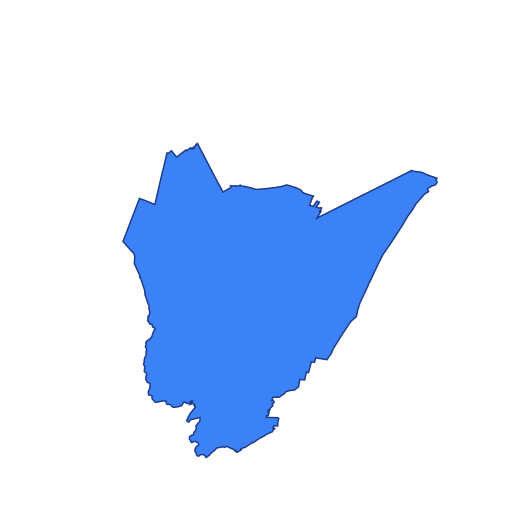 Achtkarspelen, Friesland, Netherlands (Robinson projection), rotated 135°
{"feature_id": "6326949B91154833232060", "entity_name": "Achtkarspelen", "entity_type": "district", "adm_level": 2, "iso_a3": "NLD", "parent_name": "Netherlands", "parent_adm1": "Friesland", "projection": "robinson", "projection_center": [6.159, 53.208], "detail": "fine", "context": "isolated", "style": "filled", "palette": "blue", "viewbox_px": 512, "rotation_deg": 135, "n_neighbors": 0, "source": "geoboundaries", "source_scale": "gbopen_adm2", "svg_char_len": 6005}
<svg xmlns="http://www.w3.org/2000/svg" viewBox="0 0 512 512"><g transform="rotate(135 256 256)"><path d="M217.8,377.0L219.6,377.3L219.8,376.7L221.5,377.0L222.9,377.1L223.3,375.9L224.7,376.1L224.4,377.2L225.9,377.5L225.6,378.7L230.8,379.6L230.6,380.5L234.3,380.9L234.2,381.1L239.2,381.6L242.2,382.2L241.6,388.0L241.3,390.2L245.5,390.6L245.5,391.0L246.1,391.8L260.7,382.7L261.9,382.1L269.2,377.6L291.1,363.9L295.7,374.8L297.7,379.1L339.8,360.3L340.5,347.7L340.5,345.0L340.7,344.0L341.5,342.1L341.8,341.6L346.7,337.3L347.1,337.0L347.6,336.3L352.3,323.6L353.0,323.4L353.3,323.0L353.1,323.0L352.9,322.6L358.1,312.3L358.7,311.1L359.1,309.8L359.8,309.4L360.4,308.9L361.2,307.8L361.7,307.4L363.2,304.5L364.2,302.1L364.7,301.4L365.8,299.3L366.8,296.6L367.1,296.1L367.7,295.4L369.0,294.7L369.1,294.4L369.3,293.6L369.7,292.7L370.2,292.2L370.9,291.8L371.0,291.1L371.3,290.7L373.7,289.7L375.0,289.7L375.4,289.5L376.0,289.0L376.9,287.5L377.2,287.4L377.9,287.3L378.3,287.0L378.4,286.1L378.3,285.1L378.5,284.7L379.0,284.2L379.1,282.9L379.0,282.5L378.4,281.9L378.0,280.7L379.0,279.4L379.3,278.8L379.2,278.3L378.8,277.3L378.5,276.6L378.5,276.2L378.6,275.9L379.0,275.7L380.1,275.6L382.5,274.9L383.5,274.1L384.9,273.7L386.2,272.8L388.2,272.5L389.9,272.4L391.0,272.6L392.3,273.0L393.3,273.0L395.2,272.6L395.6,272.3L396.0,271.5L396.4,271.1L397.8,270.4L398.6,269.8L398.7,269.5L398.8,268.5L399.3,267.5L400.0,266.9L401.8,265.8L402.8,264.4L403.3,263.9L404.2,263.4L405.6,263.0L407.1,262.5L408.9,261.2L409.8,260.2L411.6,259.3L412.4,258.5L412.5,257.1L413.3,255.7L415.0,254.8L416.7,253.2L416.8,252.9L416.4,251.9L416.3,251.0L417.1,249.5L417.4,249.2L418.8,248.8L421.0,246.8L421.4,246.3L421.5,246.1L421.6,244.9L422.2,243.4L421.1,241.3L421.1,240.9L421.3,240.7L422.3,239.4L423.4,238.7L424.5,237.5L424.7,237.3L426.5,237.0L427.8,236.3L429.3,234.9L430.1,233.8L430.2,233.6L430.0,233.2L429.4,232.7L428.9,232.0L428.6,231.4L428.5,230.7L428.6,230.2L429.7,229.5L430.3,228.5L430.7,224.9L430.5,223.6L430.2,223.2L429.2,222.7L427.6,221.5L425.8,220.4L424.2,219.3L422.3,217.0L422.4,216.7L423.1,216.0L423.5,215.5L423.7,214.9L423.8,214.1L423.7,213.7L422.5,212.7L421.7,211.6L421.6,211.0L421.8,208.4L421.6,207.8L421.2,207.2L420.6,206.6L417.7,204.5L416.0,203.5L414.2,202.8L413.7,202.8L411.9,203.5L410.7,203.7L410.0,203.6L409.6,203.2L409.7,202.1L409.5,201.6L408.9,200.4L408.2,199.7L407.5,199.3L405.9,199.5L404.7,199.3L404.0,199.1L403.4,198.1L407.7,197.7L407.1,197.3L406.1,197.0L404.5,195.8L404.3,194.2L405.6,194.1L405.6,192.0L413.6,191.2L417.6,190.1L421.6,188.5L421.0,186.1L418.0,186.5L409.7,181.3L410.7,180.4L411.3,179.9L412.6,179.0L413.7,178.7L415.6,178.8L418.6,178.3L419.0,178.0L419.4,177.3L419.8,176.7L420.8,176.0L421.7,175.5L422.5,175.3L423.9,175.3L424.7,175.2L425.1,174.9L425.6,174.4L426.3,174.1L427.2,174.1L428.4,174.8L429.5,175.1L430.7,175.1L431.3,174.9L431.9,174.4L432.6,173.4L432.8,171.7L433.2,170.8L433.5,170.4L433.5,169.8L433.3,169.6L432.9,169.3L431.8,169.2L430.9,168.5L430.3,167.9L429.9,167.4L429.7,166.5L429.2,165.6L429.2,165.1L429.3,164.1L429.7,163.2L430.2,162.8L430.9,162.8L432.4,163.4L433.9,163.2L435.3,162.8L436.8,161.7L437.1,161.3L437.3,161.0L437.4,159.2L438.4,157.9L438.6,157.4L438.8,156.4L438.5,155.5L438.2,155.2L437.9,155.0L437.3,154.9L436.4,154.9L436.0,154.8L435.0,154.2L434.1,153.2L433.1,151.6L433.1,150.7L433.5,150.3L433.6,149.4L433.9,149.0L433.8,148.8L430.2,148.1L427.0,148.4L423.1,147.9L419.9,148.0L419.1,147.7L416.8,146.2L416.3,146.2L415.0,144.8L414.0,144.2L413.5,142.8L411.4,142.3L408.1,133.5L408.8,133.2L408.7,132.8L407.7,131.0L408.3,130.7L408.2,130.6L403.3,129.3L403.0,130.3L399.5,129.0L399.4,128.5L393.6,127.3L391.4,127.0L390.6,126.8L390.7,126.4L390.1,126.2L389.2,125.8L385.7,125.2L382.2,124.5L377.1,122.8L376.3,123.0L371.0,121.1L368.7,120.2L366.7,120.8L365.7,120.8L364.7,120.9L364.8,121.1L365.8,122.2L364.5,122.7L363.4,123.4L360.9,120.5L358.2,122.9L358.1,123.1L354.8,125.0L354.9,126.2L362.9,134.7L361.2,135.6L360.2,134.6L357.5,136.0L358.1,136.7L358.1,136.8L356.9,137.1L355.6,137.2L356.5,138.2L351.2,138.3L350.0,138.2L349.8,138.3L349.3,139.8L346.5,139.7L345.9,142.4L347.1,142.5L347.3,142.8L346.6,142.9L346.0,143.1L344.4,144.1L343.8,144.0L339.5,139.8L333.9,138.8L332.0,138.7L330.7,139.0L330.4,138.8L326.4,136.4L323.8,134.1L318.4,133.4L312.2,137.7L309.2,134.0L302.5,138.2L302.4,138.1L301.4,136.5L300.6,136.8L291.7,142.0L289.9,139.5L285.8,141.7L279.1,132.5L271.1,134.0L267.8,135.6L259.9,137.5L259.0,137.6L253.7,138.9L239.9,141.8L235.4,142.6L232.1,142.5L229.6,142.2L227.7,142.3L222.7,145.6L220.1,147.0L219.2,147.3L218.4,148.1L215.7,149.3L197.2,156.0L195.0,157.2L194.5,157.0L176.3,163.6L166.6,166.8L166.1,167.1L165.7,167.1L164.3,167.4L150.9,169.9L131.1,174.1L120.6,176.8L112.0,178.2L105.6,179.8L92.7,180.6L88.5,179.5L88.3,179.6L88.1,179.8L87.9,180.7L87.4,181.8L86.9,182.4L86.6,182.4L81.8,180.9L80.1,180.1L79.1,179.8L78.8,179.4L76.8,179.9L75.8,180.0L75.6,180.3L75.5,180.6L74.8,182.6L73.4,182.7L73.4,183.4L73.2,183.5L75.2,187.4L77.0,191.2L78.8,195.6L79.2,196.9L79.9,198.1L80.2,199.0L80.5,199.4L81.7,200.6L84.1,203.8L85.3,205.8L85.5,206.5L85.8,206.9L87.5,206.4L87.7,207.1L136.4,223.2L136.7,223.4L138.2,223.9L150.8,228.0L186.1,239.7L178.3,241.7L178.4,242.0L178.5,242.1L179.3,241.9L179.6,242.5L178.3,242.8L175.9,243.5L175.6,243.8L177.4,245.3L177.9,245.9L178.5,247.0L178.4,247.5L178.6,248.1L173.2,249.1L173.8,251.3L174.2,251.4L174.3,251.8L180.4,250.6L182.0,253.4L182.4,253.9L178.1,255.9L178.1,256.1L176.3,257.1L176.1,256.8L175.4,257.2L173.0,257.7L175.5,262.2L177.4,266.0L177.7,267.0L178.1,267.8L178.2,268.0L177.8,268.9L177.7,269.8L177.7,271.2L178.5,273.3L179.2,275.7L179.3,276.0L179.4,275.9L180.3,277.4L182.3,281.5L183.3,283.3L184.4,284.9L185.0,285.1L189.0,287.2L194.7,291.3L197.6,293.6L204.0,298.7L209.0,303.2L209.6,304.1L209.6,304.3L210.9,306.9L212.0,308.8L212.7,309.8L212.9,310.3L215.2,313.8L217.4,316.6L217.2,317.2L217.4,317.1L218.3,317.4L224.5,323.7L225.2,322.2L234.1,324.5L232.6,329.4L230.7,336.0L226.8,348.4L226.0,351.1L220.5,368.2L220.7,368.3L219.9,370.5L217.8,377.0Z" fill="#3b82f6" stroke="#1e3a8a" stroke-width="1.5"/></g></svg>